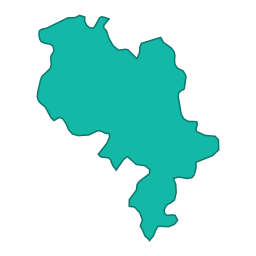 an SVG outline of Asti
{"feature_id": "ITA-5440", "entity_name": "Asti", "entity_type": "Province", "adm_level": 1, "iso_a3": "ITA", "parent_name": "Italy", "parent_adm1": "", "projection": "robinson", "projection_center": [8.197, 44.827], "detail": "fine", "context": "isolated", "style": "filled", "palette": "teal", "viewbox_px": 256, "rotation_deg": 0, "n_neighbors": 0, "source": "natural_earth", "source_scale": "10m", "svg_char_len": 1855}
<svg xmlns="http://www.w3.org/2000/svg" viewBox="0 0 256 256"><path d="M77.9,135.6L72.4,133.9L68.7,129.8L66.1,123.8L63.1,119.0L59.3,117.3L54.0,120.6L51.2,118.0L45.3,107.1L40.4,103.1L38.5,100.8L37.3,97.3L37.6,92.9L40.5,80.1L41.9,76.4L50.0,68.8L51.3,64.9L50.7,58.2L51.1,55.7L53.5,51.8L53.9,50.1L52.8,45.7L49.4,44.0L45.0,43.3L41.2,41.7L39.7,38.9L38.9,34.7L39.4,30.8L41.9,29.2L46.7,28.2L67.7,17.9L75.6,17.5L79.5,15.4L84.8,17.0L84.6,21.2L86.5,25.0L89.5,27.7L93.1,28.2L94.7,26.7L99.5,17.9L101.3,16.8L104.0,17.2L109.1,18.9L104.6,24.4L104.0,24.7L103.6,27.7L104.4,28.9L105.6,29.6L106.5,31.1L109.0,38.5L113.1,45.7L118.6,50.2L125.1,49.3L127.8,49.7L136.9,58.7L139.6,52.3L139.9,47.1L141.3,43.4L160.7,37.4L163.5,42.4L171.1,47.9L174.0,51.5L174.9,55.1L174.5,61.1L175.0,64.5L177.4,68.1L183.3,71.1L185.6,75.3L185.9,77.3L184.4,88.1L184.1,88.9L183.9,89.3L183.6,89.6L183.2,89.8L182.4,89.8L182.2,89.9L181.7,90.2L179.1,92.5L178.6,93.4L178.2,96.4L181.2,114.1L183.7,118.8L187.9,121.3L196.6,121.7L197.3,123.5L196.9,126.0L196.1,128.7L196.0,130.6L197.1,131.7L205.1,135.4L215.1,136.3L218.4,139.7L218.7,149.8L212.4,155.7L195.9,162.3L196.1,166.1L195.5,170.6L194.1,174.8L192.0,177.6L187.2,178.5L178.5,177.0L173.5,178.5L175.7,184.4L176.2,192.6L174.5,199.9L170.2,203.2L167.8,204.2L165.6,206.6L164.2,209.8L164.5,213.2L166.7,215.3L172.7,214.9L175.1,215.3L177.7,220.2L174.4,224.3L168.5,226.7L158.2,226.2L155.6,230.2L153.4,235.9L149.5,240.6L148.0,238.7L144.9,235.9L142.9,230.7L140.2,225.9L142.5,220.1L139.8,212.8L134.6,207.1L129.2,206.3L129.3,199.6L136.3,190.3L137.2,184.3L139.5,181.2L149.5,173.7L149.6,169.4L145.0,165.7L136.3,164.5L127.5,156.6L123.6,159.3L116.2,170.1L112.8,165.4L111.5,162.7L110.7,159.9L108.7,157.8L101.0,157.0L98.2,154.3L107.1,143.0L109.6,136.8L109.1,133.5L106.0,133.4L100.7,131.1L97.7,130.7L88.7,135.0L77.9,135.6Z" fill="#14b8a6" stroke="#0f766e" stroke-width="1.5"/></svg>